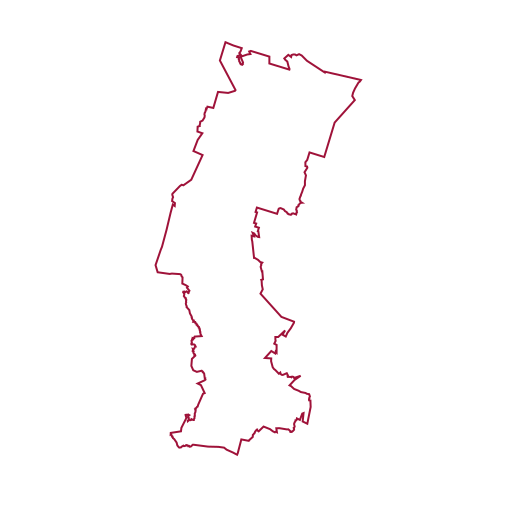 outline of Chihuahua, Chihuahua, Mexico, rotated 17°
{"feature_id": "50627088B4018820308250", "entity_name": "Chihuahua", "entity_type": "district", "adm_level": 2, "iso_a3": "MEX", "parent_name": "Mexico", "parent_adm1": "Chihuahua", "projection": "orthographic", "projection_center": [-106.189, 28.94], "detail": "fine", "context": "isolated", "style": "outline", "palette": "rose", "viewbox_px": 512, "rotation_deg": 17, "n_neighbors": 0, "source": "geoboundaries", "source_scale": "gbopen_adm2", "svg_char_len": 6112}
<svg xmlns="http://www.w3.org/2000/svg" viewBox="0 0 512 512"><g transform="rotate(17 256 256)"><path d="M304.9,78.0L301.3,74.9L301.1,71.5L301.7,66.8L303.3,60.2L304.3,58.8L304.9,57.0L268.0,59.6L268.1,60.4L247.6,54.4L241.1,50.9L238.2,50.4L236.0,52.3L234.5,51.9L232.9,52.3L231.8,53.0L231.2,53.5L231.4,55.4L228.1,54.2L225.3,58.8L226.4,59.7L229.1,60.9L231.7,65.2L233.4,67.4L233.4,68.0L212.5,68.0L210.5,61.4L191.1,61.4L189.7,62.4L191.6,64.5L188.8,65.8L183.0,70.0L187.0,74.7L186.8,75.6L187.4,76.2L186.9,77.2L185.4,77.1L184.6,76.5L184.1,75.5L183.1,74.9L182.6,73.4L182.1,73.2L181.8,71.3L179.8,71.4L179.8,70.2L182.6,68.0L180.7,66.8L181.4,65.0L181.6,61.4L172.8,61.3L164.3,60.5L164.3,79.6L187.9,103.3L187.6,104.2L181.7,108.2L171.7,110.2L171.9,126.9L165.9,127.4L165.9,128.5L165.7,129.1L165.1,129.4L165.7,130.4L165.2,130.7L165.4,132.2L165.3,133.6L165.1,134.0L165.3,135.7L166.0,136.9L166.2,138.6L165.3,142.1L163.4,143.9L163.8,145.7L163.9,147.7L164.2,148.1L162.4,149.4L163.6,154.1L168.8,154.3L166.3,162.0L165.5,173.9L175.4,175.1L171.8,202.0L165.9,209.6L164.1,209.6L162.8,211.3L157.9,220.9L158.0,221.9L159.5,224.0L159.3,225.6L159.7,228.0L163.0,229.1L163.6,231.9L161.4,231.1L161.7,239.7L162.8,257.1L163.4,274.7L163.1,277.9L162.6,294.1L166.7,300.3L178.7,298.4L180.7,297.4L188.4,295.6L189.3,295.6L190.1,296.0L190.8,297.2L192.0,297.9L193.6,303.9L197.2,304.4L199.7,305.1L199.2,306.5L202.5,308.7L202.1,310.3L202.4,310.9L202.1,311.3L201.7,311.1L201.6,310.7L200.0,310.1L198.9,311.3L197.9,310.9L196.9,311.4L197.0,312.0L197.7,312.1L197.8,312.7L198.5,313.3L198.7,314.0L198.7,315.4L199.6,316.0L200.0,316.6L201.3,316.9L201.3,317.4L201.7,318.2L202.2,318.4L202.3,319.8L202.8,320.7L202.7,321.7L203.3,323.0L204.5,324.4L204.5,325.1L208.0,327.2L209.6,330.2L212.2,332.7L212.3,333.4L212.9,333.9L213.0,334.6L215.0,336.2L215.3,336.1L215.2,337.3L217.2,336.9L217.6,337.4L217.8,338.1L218.8,338.1L219.3,339.1L219.7,338.9L220.2,339.4L220.6,339.5L220.8,340.2L222.2,340.6L222.3,341.4L223.1,341.6L223.5,342.2L223.4,342.6L223.7,343.2L224.1,343.3L224.3,344.1L225.0,344.9L224.9,345.4L225.2,345.6L225.7,346.8L227.4,348.5L220.9,351.0L220.8,351.9L220.5,352.2L220.8,352.3L220.8,352.6L220.3,352.7L220.6,352.9L220.3,353.1L220.3,354.0L219.9,354.0L219.9,353.5L219.3,353.6L219.2,354.6L219.5,355.0L219.1,356.0L219.8,357.1L219.8,357.5L220.0,357.7L219.8,358.8L220.1,359.4L220.6,359.5L221.1,359.0L222.9,358.7L223.7,359.1L224.6,360.1L224.2,360.2L224.0,362.6L223.5,362.9L223.5,363.5L222.8,363.4L223.2,364.0L223.2,365.4L223.7,365.5L223.9,365.2L224.2,365.4L224.0,365.9L224.5,367.0L225.5,367.6L225.7,368.1L225.9,367.9L226.4,368.0L227.1,369.0L224.8,373.1L226.3,380.0L229.4,383.6L233.3,384.1L237.6,381.6L238.8,382.1L238.9,382.6L239.4,382.9L239.8,382.8L240.8,383.6L242.7,387.8L243.2,387.8L243.2,388.3L243.8,389.0L243.2,389.9L237.5,395.0L241.1,395.6L247.0,402.1L245.6,403.2L244.2,415.0L244.2,417.1L243.7,417.5L243.3,418.8L242.7,419.4L243.0,420.0L242.6,420.3L243.4,421.1L243.3,421.9L243.7,422.6L243.5,424.6L244.3,426.9L244.0,427.3L244.6,429.0L244.3,430.3L244.5,431.0L244.0,431.2L242.0,430.9L242.1,431.6L241.3,432.2L240.1,432.3L239.1,433.9L238.9,433.5L239.6,432.2L239.6,431.6L239.1,431.1L239.0,430.4L238.1,429.5L237.9,428.8L238.7,427.7L237.5,427.4L237.2,427.9L235.6,428.2L235.1,428.6L236.3,430.5L236.9,430.6L234.9,442.1L235.5,445.6L226.2,450.1L226.6,451.7L226.9,451.4L227.4,451.7L228.1,452.7L228.7,452.9L228.6,453.4L229.5,453.8L229.8,454.4L231.3,455.0L234.6,457.6L236.2,460.2L238.3,461.6L238.9,461.6L240.3,460.9L240.7,460.0L242.0,458.6L242.6,458.9L243.3,458.6L243.9,458.2L244.4,457.4L244.9,457.5L245.1,457.1L246.2,457.1L246.7,457.7L247.6,457.2L248.2,457.8L248.9,457.5L249.5,457.1L250.7,455.0L251.2,454.8L265.9,452.3L275.9,449.5L281.5,448.6L284.5,449.8L291.6,450.7L296.0,451.6L296.2,450.0L295.6,435.7L303.0,434.9L303.4,434.5L303.3,434.1L305.8,430.0L305.3,428.0L305.8,427.3L305.9,426.5L306.4,426.0L306.5,424.2L307.5,421.8L307.7,421.7L307.8,422.2L309.8,422.9L313.1,416.9L320.1,417.5L323.3,418.7L325.6,419.1L326.0,418.4L326.4,418.2L327.5,418.4L325.8,414.8L328.8,413.8L336.3,412.8L337.6,412.3L339.6,413.2L340.3,414.2L341.6,413.8L341.6,413.3L342.4,412.7L343.2,411.0L342.9,410.1L342.3,409.4L342.7,408.8L342.8,407.7L341.7,405.9L341.5,405.1L341.6,403.5L341.9,403.0L342.0,402.3L341.8,401.6L342.5,401.3L342.8,400.8L342.6,399.4L345.9,399.9L346.3,393.2L347.4,392.3L349.0,400.6L354.1,401.4L352.4,384.4L350.3,378.3L349.0,378.5L348.7,377.9L348.5,377.1L348.7,376.5L348.4,376.0L348.6,374.5L347.2,372.6L344.9,372.9L343.4,372.5L338.7,373.0L336.2,372.4L331.3,372.0L327.6,370.2L325.9,369.9L329.1,363.3L333.7,357.5L328.1,361.5L327.2,360.7L326.3,360.7L325.6,360.9L325.3,361.6L324.9,361.4L321.7,362.3L321.2,361.4L321.4,360.8L319.7,359.1L316.4,361.9L315.2,362.1L314.0,361.6L313.3,360.4L312.3,361.9L307.8,359.4L306.2,358.8L304.5,357.5L301.2,352.2L300.5,349.5L294.4,350.9L298.4,342.4L303.0,343.6L302.8,341.7L303.9,342.3L301.7,335.0L299.1,334.5L299.6,331.4L299.1,330.6L298.2,327.8L300.9,327.0L305.6,318.7L304.3,323.5L308.0,324.3L308.5,320.3L310.4,314.9L311.8,308.7L311.6,307.7L298.1,306.8L271.3,290.7L272.2,285.9L270.2,282.3L268.6,278.0L268.0,277.3L269.5,276.3L266.5,268.8L266.1,269.0L263.6,265.0L263.7,263.0L263.2,262.3L263.9,260.5L261.8,260.5L259.1,259.1L255.3,258.2L254.7,258.4L248.2,243.2L247.3,241.7L245.9,237.9L248.3,237.8L246.0,234.8L247.7,235.0L249.5,236.4L252.3,237.2L253.5,237.0L251.0,231.7L250.5,231.7L250.5,228.1L246.6,228.1L246.7,224.9L244.4,224.9L244.3,214.0L242.7,214.0L242.7,209.4L263.8,209.5L263.9,204.3L264.3,203.7L265.5,203.0L269.0,203.4L270.6,204.6L272.6,205.1L273.9,206.3L274.4,206.1L275.5,206.6L276.3,206.4L277.3,206.4L277.8,205.8L277.8,205.2L278.1,204.8L279.3,204.3L280.5,204.5L281.8,204.3L282.2,204.5L282.3,203.7L282.0,203.1L282.4,202.1L281.8,201.3L281.7,200.6L280.9,200.0L280.6,197.5L282.0,196.0L281.7,195.0L282.0,194.8L282.4,193.2L283.6,191.9L284.4,191.6L282.9,191.2L282.2,190.6L282.2,190.2L281.4,189.7L280.9,188.8L281.0,185.8L281.3,185.2L281.1,184.3L281.4,181.0L281.4,177.8L282.1,174.0L280.9,170.1L280.2,164.3L277.9,161.7L279.3,156.6L278.7,155.5L277.0,155.6L275.8,151.9L276.9,149.2L276.9,141.3L292.3,141.4L292.2,105.4L304.9,78.0Z" fill="none" stroke="#9f1239" stroke-width="2"/></g></svg>